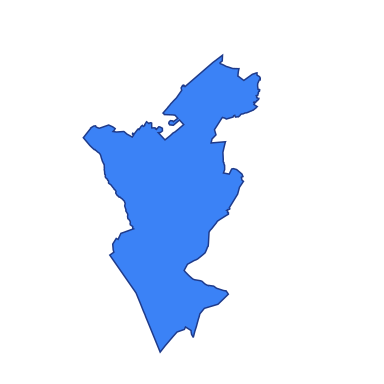 Baltinavas pag., Baltinavas, Latvia (orthographic projection), rotated 141°
{"feature_id": "27541924B38825642429303", "entity_name": "Baltinavas pag.", "entity_type": "district", "adm_level": 2, "iso_a3": "LVA", "parent_name": "Latvia", "parent_adm1": "Baltinavas", "projection": "orthographic", "projection_center": [27.586, 56.922], "detail": "fine", "context": "isolated", "style": "filled", "palette": "blue", "viewbox_px": 384, "rotation_deg": 141, "n_neighbors": 0, "source": "geoboundaries", "source_scale": "gbopen_adm2", "svg_char_len": 5741}
<svg xmlns="http://www.w3.org/2000/svg" viewBox="0 0 384 384"><g transform="rotate(141 192 192)"><path d="M134.4,210.0L146.3,218.1L143.1,220.6L137.4,221.3L135.5,225.9L135.2,226.4L134.1,226.7L123.0,230.4L121.4,230.8L120.7,229.7L120.5,229.4L120.1,229.0L119.4,227.1L112.9,224.4L111.7,225.0L111.5,224.9L111.2,224.9L110.6,224.7L110.8,224.4L110.8,223.6L111.0,223.2L111.0,222.8L108.5,221.3L108.5,221.2L106.8,221.2L106.1,221.4L104.9,221.6L104.6,221.5L103.9,221.1L103.2,220.6L101.0,220.0L99.8,219.2L98.7,218.8L96.6,218.2L95.6,218.0L94.8,217.6L93.5,217.4L93.0,217.1L92.5,217.1L88.9,217.1L88.2,217.4L87.9,217.3L87.6,217.3L88.8,221.0L87.3,221.6L87.7,222.7L87.1,222.9L86.2,221.7L85.7,221.7L84.3,222.3L84.1,221.9L81.9,222.1L81.2,222.6L81.5,222.8L81.9,224.0L82.0,223.9L82.4,224.6L81.5,225.5L81.6,225.9L81.4,226.5L80.2,225.9L79.9,225.8L79.7,225.9L79.3,226.5L78.3,226.9L78.1,227.5L76.7,228.2L76.3,227.8L76.1,227.9L75.0,228.9L75.0,229.1L76.1,230.2L74.2,233.3L72.6,235.0L69.2,236.7L68.9,236.6L68.5,236.2L67.3,237.5L67.5,237.8L67.0,238.5L67.0,239.3L67.9,241.8L67.4,242.6L66.5,243.7L67.4,244.2L67.6,244.2L71.0,245.5L81.5,246.1L82.6,250.4L83.0,251.9L83.1,252.9L83.2,253.1L83.4,253.3L80.0,256.6L77.9,258.3L78.3,258.6L82.6,262.3L84.8,265.7L85.1,266.2L86.5,268.2L86.5,268.3L87.6,270.9L88.3,272.3L89.1,273.7L89.3,274.2L88.9,274.8L86.0,274.8L82.2,279.1L94.4,279.5L131.1,278.3L131.1,280.2L131.5,280.1L132.3,279.9L132.4,280.7L135.0,279.7L136.0,277.5L145.0,274.9L148.7,274.5L152.0,274.0L152.6,274.0L154.5,273.5L157.4,273.0L157.4,272.9L158.9,272.6L160.9,272.3L164.8,271.6L164.6,271.2L164.8,269.6L160.1,265.5L158.5,264.1L156.9,262.4L156.6,258.2L162.3,258.4L162.2,259.4L163.9,261.1L165.9,260.8L166.9,259.9L167.1,258.2L164.5,255.6L156.4,255.8L156.0,249.6L161.1,249.5L162.6,249.4L167.6,249.4L169.6,249.8L173.3,249.5L180.2,249.5L180.9,259.3L179.0,258.1L176.5,258.1L174.9,260.2L176.0,262.8L176.8,263.6L180.3,263.0L180.6,264.0L180.1,264.2L180.4,265.2L182.9,267.1L181.9,268.5L181.0,269.7L180.0,270.9L180.3,271.7L181.4,272.3L182.4,272.3L183.1,275.2L186.4,274.1L187.0,273.4L188.5,273.6L188.6,275.0L190.3,275.0L193.9,273.9L194.0,274.8L194.6,274.9L200.8,273.4L201.0,274.9L201.8,274.6L201.9,272.8L203.4,272.5L203.9,272.3L204.5,273.9L204.6,274.2L206.1,277.9L206.5,280.2L206.8,281.7L207.0,282.0L212.9,286.1L215.3,288.7L213.4,289.0L211.8,289.6L212.6,292.5L214.6,296.5L223.7,299.8L224.0,299.9L225.6,302.7L225.3,304.1L226.9,305.1L229.0,305.4L230.5,305.5L230.6,305.3L230.7,305.2L237.9,303.6L240.8,302.9L242.3,302.6L242.1,292.5L241.8,289.8L241.6,288.5L241.3,286.5L240.7,286.1L240.8,285.4L240.4,284.3L240.4,284.0L240.1,282.2L239.7,281.3L239.7,281.1L239.6,279.0L240.2,277.3L240.9,275.8L241.1,275.3L241.3,274.8L241.6,273.8L241.7,273.7L241.8,273.5L241.8,273.4L242.0,273.0L242.2,272.6L242.2,272.4L242.3,272.0L242.5,271.1L242.6,270.9L242.8,269.8L242.9,269.7L242.9,269.3L243.0,269.1L242.9,268.8L242.9,268.7L243.5,267.9L243.7,267.6L244.1,267.1L244.3,266.8L244.7,266.3L244.7,266.2L244.9,266.1L245.0,265.9L245.4,265.3L245.7,265.0L246.1,264.7L247.2,262.7L247.8,261.9L248.6,260.8L248.6,260.6L248.5,260.0L248.6,259.8L248.6,259.7L249.0,259.3L249.4,259.0L250.0,258.0L250.0,256.3L249.7,255.2L250.0,254.6L250.1,254.2L249.9,253.4L250.0,253.0L251.2,251.5L251.2,251.3L251.2,251.0L250.6,249.0L250.5,248.5L250.6,245.2L250.6,244.8L250.5,244.3L250.5,244.1L250.5,243.9L250.8,243.3L250.8,243.2L250.6,242.5L250.5,242.3L250.6,240.8L250.7,240.3L250.8,240.1L250.9,239.9L251.3,239.8L251.6,239.5L251.9,239.2L252.0,238.9L252.1,238.2L252.3,236.3L252.2,236.1L252.0,235.6L252.0,234.3L251.9,234.1L251.7,233.7L251.3,233.4L251.1,233.2L251.1,232.7L250.9,231.4L250.6,230.6L250.5,230.2L250.5,228.6L250.3,227.8L250.3,227.6L251.0,225.6L251.1,225.2L251.3,225.0L252.5,224.0L253.1,223.5L254.5,219.8L254.6,219.5L255.1,219.2L255.3,219.0L255.4,218.7L255.5,217.6L255.7,216.5L255.7,215.8L255.8,215.6L256.4,214.5L257.3,213.8L258.0,212.7L258.6,211.6L258.6,211.4L258.3,210.6L258.3,210.3L258.4,209.5L258.5,208.3L258.6,208.1L258.9,207.5L259.2,207.0L259.9,206.4L260.1,206.3L260.6,205.2L260.4,204.8L259.9,202.8L259.9,202.4L259.9,202.2L260.0,202.1L260.7,201.4L260.8,201.2L260.9,200.9L260.9,200.7L260.7,200.2L273.3,204.6L279.3,201.7L280.1,203.6L286.4,201.4L289.6,196.7L290.6,194.4L295.6,194.7L298.6,154.0L299.0,148.8L302.3,137.7L304.7,130.1L305.8,126.1L306.5,124.2L308.2,118.4L317.5,87.6L309.6,89.4L297.3,91.7L291.7,92.6L284.4,90.0L282.0,91.2L281.5,89.7L279.9,85.0L280.8,83.7L282.0,81.5L282.3,79.4L282.4,78.6L282.1,78.5L277.4,82.0L273.4,84.6L269.7,87.3L268.7,88.0L267.5,88.9L264.9,90.6L262.5,92.4L255.6,93.8L242.4,88.4L228.1,89.7L227.8,92.0L227.9,93.7L227.8,93.8L228.9,94.9L229.7,95.9L233.6,101.9L233.6,102.2L234.4,105.2L237.8,108.9L238.2,109.2L238.3,109.1L238.9,110.2L239.3,111.0L239.7,112.1L240.0,113.4L240.3,115.5L240.5,116.5L240.9,117.1L241.4,117.9L245.2,122.2L245.6,122.9L245.8,123.2L246.0,123.6L246.3,124.7L246.9,128.2L247.1,129.8L247.5,134.1L247.5,134.7L247.5,136.0L241.0,138.7L233.5,137.4L231.3,136.7L229.7,136.4L222.8,136.4L220.1,136.5L219.4,136.9L219.2,136.9L216.0,138.6L214.6,139.5L214.1,139.5L213.5,139.7L211.3,142.0L204.1,150.0L202.1,150.8L199.7,151.1L197.9,151.5L196.7,151.8L192.5,152.7L190.8,153.3L190.6,153.3L187.8,153.1L183.5,152.6L180.2,152.2L177.7,151.8L176.8,152.9L177.4,153.6L177.3,153.8L176.5,154.4L176.3,154.7L176.4,155.1L176.6,155.8L176.3,155.7L175.9,155.7L175.4,155.9L174.8,155.4L173.8,155.1L173.6,155.0L173.2,155.1L173.1,155.4L172.9,156.3L157.9,161.6L152.1,165.8L145.3,167.9L145.7,169.8L144.4,172.4L142.7,171.9L141.9,174.5L142.9,180.0L143.2,181.4L145.1,184.1L146.7,184.9L151.8,182.5L155.6,187.0L152.6,188.8L152.4,189.0L149.9,192.2L150.0,192.3L148.8,195.2L148.7,195.2L148.8,195.7L148.7,195.9L147.8,197.0L147.4,197.4L143.0,203.4L138.8,206.7L134.6,209.9L134.4,210.0Z" fill="#3b82f6" stroke="#1e3a8a" stroke-width="1.5"/></g></svg>